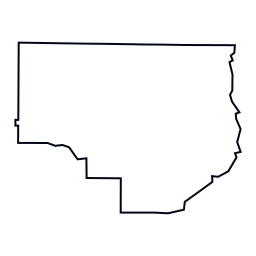 outline of Union, Louisiana, United States of America
{"feature_id": "52423323B25529270179074", "entity_name": "Union", "entity_type": "district", "adm_level": 2, "iso_a3": "USA", "parent_name": "United States of America", "parent_adm1": "Louisiana", "projection": "orthographic", "projection_center": [-92.344, 32.798], "detail": "fine", "context": "isolated", "style": "outline", "palette": "ink", "viewbox_px": 256, "rotation_deg": 0, "n_neighbors": 0, "source": "geoboundaries", "source_scale": "gbopen_adm2", "svg_char_len": 733}
<svg xmlns="http://www.w3.org/2000/svg" viewBox="0 0 256 256"><path d="M18.7,42.7L18.3,119.9L15.4,119.9L15.4,125.6L18.2,125.6L18.1,142.9L47.6,143.0L55.2,145.8L62.5,145.0L69.1,147.3L77.6,159.3L86.4,158.3L86.6,178.0L120.8,178.3L120.7,212.6L154.6,212.6L168.0,213.3L183.9,209.7L184.8,201.8L197.4,192.8L212.4,181.9L212.1,176.1L218.1,176.8L228.3,171.3L236.5,157.4L235.0,153.2L240.6,151.9L237.2,142.0L240.6,129.1L236.1,118.7L235.8,113.7L239.4,112.3L232.0,101.6L230.0,94.8L232.3,90.5L232.5,74.5L229.5,62.1L232.7,60.4L230.8,55.5L234.3,52.9L234.9,45.2L184.2,45.0L161.2,44.6L147.0,44.5L138.1,44.4L135.6,44.3L102.8,43.8L92.4,43.7L91.6,43.7L83.0,43.6L23.2,42.7L21.7,42.7L19.1,42.7L18.7,42.7Z" fill="none" stroke="#020617" stroke-width="2"/></svg>